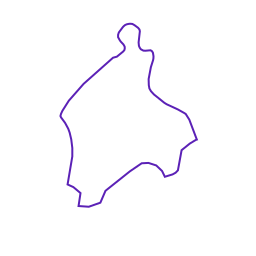 an SVG outline of Monastir, rotated 120°
{"feature_id": "TUN-117", "entity_name": "Monastir", "entity_type": "Governorate", "adm_level": 1, "iso_a3": "TUN", "parent_name": "Tunisia", "parent_adm1": "", "projection": "mercator", "projection_center": [10.678, 35.624], "detail": "fine", "context": "isolated", "style": "outline", "palette": "violet", "viewbox_px": 256, "rotation_deg": 120, "n_neighbors": 0, "source": "natural_earth", "source_scale": "10m", "svg_char_len": 1095}
<svg xmlns="http://www.w3.org/2000/svg" viewBox="0 0 256 256"><g transform="rotate(120 128 128)"><path d="M103.6,62.6L104.4,63.3L110.6,66.7L120.4,70.5L139.7,63.6L142.9,64.4L145.9,66.2L151.8,71.7L148.2,77.0L146.3,84.8L148.0,92.8L151.7,98.5L164.6,104.7L193.6,116.1L206.5,114.6L215.8,122.6L220.3,131.8L208.1,136.6L206.5,145.8L207.1,152.1L180.5,162.0L173.2,166.2L166.3,171.4L161.2,176.2L158.5,179.4L155.0,185.1L152.3,191.3L151.4,192.5L149.2,193.1L145.9,193.4L133.9,192.9L111.9,188.5L74.6,176.1L71.8,173.3L64.1,170.4L62.2,170.1L60.5,170.7L59.2,171.6L58.4,172.9L57.9,173.8L56.8,177.5L56.1,179.0L54.3,182.0L52.2,183.2L49.8,183.7L43.1,182.9L41.9,182.6L40.3,182.0L38.9,181.0L37.7,179.7L36.7,178.4L35.9,176.7L35.7,176.2L35.7,173.7L36.2,169.3L37.0,167.3L38.3,166.1L48.6,161.6L51.4,159.6L52.6,158.0L53.4,156.2L53.3,153.4L52.4,151.6L49.4,147.3L49.5,145.6L50.4,144.0L53.1,141.8L55.0,140.8L56.7,140.2L63.9,138.6L75.3,134.6L80.5,131.4L83.1,129.2L84.7,126.4L86.0,122.2L88.0,109.2L88.1,106.4L87.0,94.1L86.9,86.7L87.0,85.0L90.1,79.1L102.8,63.6L103.6,62.6Z" fill="none" stroke="#5b21b6" stroke-width="2"/></g></svg>